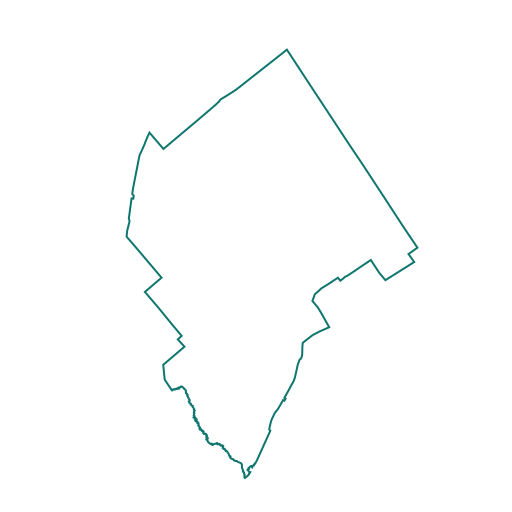 Ischilín, Córdoba, Argentina, rotated 50°
{"feature_id": "61730980B34793654756209", "entity_name": "Ischilín", "entity_type": "district", "adm_level": 2, "iso_a3": "ARG", "parent_name": "Argentina", "parent_adm1": "Córdoba", "projection": "albers", "projection_center": [-64.311, -30.414], "detail": "fine", "context": "isolated", "style": "outline", "palette": "teal", "viewbox_px": 512, "rotation_deg": 50, "n_neighbors": 0, "source": "geoboundaries", "source_scale": "gbopen_adm2", "svg_char_len": 5764}
<svg xmlns="http://www.w3.org/2000/svg" viewBox="0 0 512 512"><g transform="rotate(50 256 256)"><path d="M305.0,406.8L305.1,406.5L304.9,406.1L304.9,405.7L304.9,405.3L305.1,405.1L305.4,404.9L305.3,404.7L305.6,404.4L305.5,404.2L305.8,404.0L305.9,403.9L306.0,403.8L306.0,403.4L306.3,403.4L306.5,402.7L306.7,402.4L306.7,402.2L306.9,402.2L307.0,401.8L307.2,401.6L306.9,401.4L307.0,401.2L306.9,401.0L307.0,400.9L307.1,400.5L307.4,400.6L307.8,400.4L307.6,400.2L307.8,400.1L307.8,399.9L307.6,399.8L307.5,399.6L307.3,399.6L307.2,399.4L307.3,399.2L307.5,398.9L307.9,398.6L308.1,398.3L308.0,398.1L307.8,397.6L307.7,397.4L307.8,397.2L308.4,396.9L308.7,396.6L308.8,396.5L309.6,396.5L310.3,396.3L311.0,396.2L311.6,396.4L312.2,396.3L312.9,396.0L313.5,396.2L314.2,396.3L314.4,396.6L314.6,396.7L314.7,396.9L315.3,397.1L315.7,397.6L316.1,397.8L316.3,397.5L316.5,397.5L316.8,397.7L317.5,397.5L318.0,397.8L318.4,397.6L318.5,397.7L318.6,398.4L318.8,398.5L319.0,398.6L319.8,398.5L320.2,398.6L320.4,398.8L321.4,399.1L321.9,399.0L322.5,399.3L323.0,399.2L323.1,399.4L324.0,399.6L324.3,399.9L324.3,400.1L324.2,400.5L324.2,400.9L324.6,400.9L325.4,401.4L325.7,401.4L326.2,401.3L326.6,401.0L327.0,400.9L327.4,401.0L327.7,401.3L327.8,401.1L328.0,401.2L328.8,401.3L329.2,401.4L329.5,401.3L330.0,400.9L330.1,401.1L330.6,401.3L331.0,401.6L331.6,401.5L331.9,401.4L332.1,401.5L333.1,401.9L333.3,401.9L333.7,401.8L333.9,402.3L334.2,402.2L334.4,402.3L334.5,402.5L335.1,402.4L335.2,402.6L335.1,403.1L335.2,403.4L335.9,403.6L336.0,403.7L336.2,404.5L337.1,404.6L337.1,405.0L337.3,405.3L337.8,405.7L338.2,406.3L338.5,406.4L339.0,406.1L339.2,406.5L339.4,406.9L339.4,407.3L339.6,407.7L339.9,407.5L340.2,406.9L340.6,406.4L341.0,406.5L341.1,407.0L341.4,407.2L341.5,407.2L341.9,406.7L342.5,407.3L342.7,407.2L342.7,406.9L342.7,406.7L343.1,406.4L343.3,406.6L343.4,406.8L343.1,407.1L343.0,407.5L342.6,407.7L342.5,408.1L343.1,408.1L343.7,408.4L343.9,408.4L344.1,408.3L344.2,407.8L344.5,407.6L345.6,407.4L345.6,407.7L345.7,407.9L346.2,408.3L346.5,408.4L346.8,408.3L347.4,407.7L347.5,407.8L347.6,408.0L348.5,408.4L348.7,408.8L348.7,409.1L348.9,409.3L349.1,409.2L349.9,409.1L350.4,409.1L351.0,409.1L351.7,409.2L351.7,409.5L351.5,409.8L351.5,410.0L351.8,410.2L352.0,409.7L352.6,409.7L352.8,409.5L353.2,409.5L352.9,409.7L352.7,410.1L352.7,410.3L353.1,410.5L353.4,410.2L353.5,409.9L353.9,409.6L354.2,409.5L354.6,409.8L354.9,409.7L355.3,409.9L355.8,409.4L355.8,409.1L356.4,408.9L356.8,409.0L357.1,409.2L357.1,409.3L357.2,409.8L357.9,409.9L358.0,410.3L358.6,410.3L359.0,410.1L359.4,409.4L359.6,409.0L360.2,408.7L360.4,408.7L361.2,409.4L361.4,409.4L361.6,408.9L361.9,409.0L362.1,409.1L362.3,409.9L363.1,410.7L363.6,410.4L363.8,409.9L364.5,409.9L364.8,410.6L364.8,410.8L364.9,411.2L364.6,411.7L364.6,411.9L364.7,412.1L364.8,412.1L365.1,411.9L365.1,411.4L365.4,411.3L365.8,411.4L366.7,412.0L367.6,412.2L368.0,412.3L368.6,412.1L369.1,411.9L369.6,412.0L370.7,411.6L371.2,411.4L371.0,411.0L371.1,410.8L371.6,411.0L372.1,411.0L372.7,410.8L373.0,410.6L372.9,410.2L372.6,410.0L372.5,409.8L372.7,409.6L373.0,409.3L373.3,408.8L373.5,408.0L374.2,407.2L374.3,407.1L374.2,406.8L374.1,406.5L374.3,406.0L374.4,405.9L374.7,406.0L374.8,406.4L375.0,406.4L375.1,406.5L375.5,406.6L375.7,406.3L375.5,405.9L376.1,405.4L376.8,405.2L376.6,405.2L376.5,404.9L376.9,404.7L377.9,404.4L378.2,404.6L378.2,404.8L378.0,405.0L378.3,405.1L379.0,404.5L379.3,403.7L379.9,403.3L380.5,403.2L380.8,403.4L380.9,403.6L380.8,403.8L380.9,404.1L381.3,404.4L381.4,404.7L381.6,404.9L382.1,404.7L382.8,404.9L383.1,404.8L383.4,404.5L383.6,404.1L383.8,404.3L385.4,404.3L385.7,404.5L385.9,404.6L386.1,404.5L386.3,404.2L386.4,403.8L387.5,403.8L388.5,404.1L389.6,404.0L391.9,404.9L392.4,404.7L392.7,404.4L393.1,404.3L393.4,404.5L393.5,405.2L393.6,405.3L394.8,405.4L396.0,404.8L396.7,404.3L397.2,404.0L397.6,404.3L398.7,404.1L399.1,403.9L399.4,403.6L399.5,403.5L399.9,403.5L400.4,402.8L400.7,402.6L401.4,402.3L402.1,402.3L402.8,401.9L403.5,401.4L404.5,400.9L405.1,400.7L406.6,400.8L407.3,401.2L407.7,401.7L408.3,402.0L409.0,402.7L409.4,403.0L411.3,403.5L411.7,403.8L412.1,403.9L412.4,404.4L412.8,404.6L413.0,404.6L413.7,404.3L414.2,404.3L414.5,404.6L414.8,404.7L414.9,404.9L415.3,405.0L415.6,405.3L416.3,405.3L416.4,405.7L416.6,405.9L417.2,406.3L417.8,406.9L418.2,406.8L418.6,407.2L418.9,407.2L419.0,405.5L418.9,402.2L418.3,400.5L417.9,399.4L417.8,399.5L418.2,400.6L417.9,400.7L417.5,399.8L414.5,400.0L414.6,398.2L413.7,398.2L413.6,396.1L413.5,395.5L413.9,394.5L414.6,394.7L415.4,394.8L414.5,392.1L415.0,392.0L414.2,390.0L414.4,389.9L413.6,387.7L411.3,382.8L399.0,357.3L397.5,357.4L397.3,357.3L395.5,355.1L392.0,350.3L391.6,349.5L390.8,348.0L388.3,342.3L388.1,341.7L387.5,338.4L387.3,337.4L383.8,327.8L385.1,327.3L384.3,325.0L383.1,325.4L383.0,325.2L382.8,325.2L379.5,316.4L378.3,313.6L376.0,307.5L374.6,305.1L372.0,301.5L366.1,293.9L363.5,289.3L363.4,288.8L363.5,287.8L363.5,287.3L363.3,286.9L361.9,284.8L360.8,283.6L355.0,278.5L352.6,276.0L352.7,270.9L353.0,263.5L354.6,256.1L357.6,245.7L340.5,242.5L335.1,241.7L326.7,241.7L323.1,235.5L323.1,231.2L322.8,226.7L324.0,218.8L325.3,207.2L329.1,207.3L329.3,203.9L329.2,200.9L329.8,199.2L331.0,188.6L331.9,179.5L332.9,170.6L348.1,172.4L357.7,172.4L362.3,138.7L352.5,137.9L353.4,127.0L328.8,124.4L297.4,120.6L253.7,115.4L229.3,112.8L154.9,104.1L117.8,99.7L115.8,164.4L114.6,173.7L113.3,182.6L113.9,184.9L114.2,189.5L114.4,209.9L114.5,258.1L93.0,258.3L95.1,262.8L97.5,267.4L98.4,268.8L102.3,276.8L103.9,280.4L125.3,306.9L128.9,310.9L131.3,311.0L133.2,313.1L131.9,314.3L145.5,329.3L147.9,330.4L148.4,330.9L153.8,338.4L157.8,342.5L159.3,342.7L170.8,342.5L211.9,342.3L212.1,364.2L233.3,364.0L254.1,364.3L269.4,364.3L269.6,369.5L279.5,369.1L279.7,397.0L292.0,405.4L305.0,406.8Z" fill="none" stroke="#0f766e" stroke-width="2"/></g></svg>